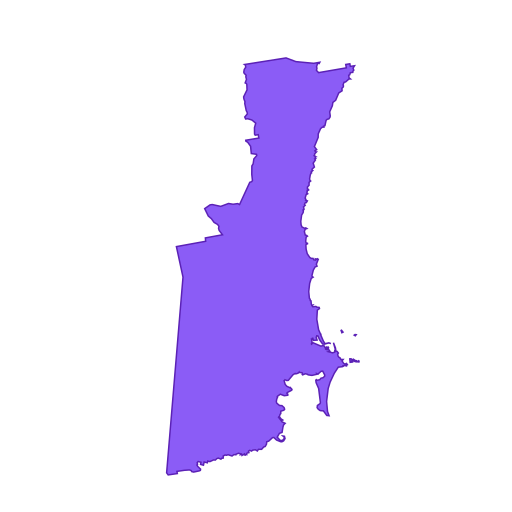 the district of Wollongong, New South Wales, Australia, rotated 341°
{"feature_id": "25037944B78024073086928", "entity_name": "Wollongong", "entity_type": "district", "adm_level": 2, "iso_a3": "AUS", "parent_name": "Australia", "parent_adm1": "New South Wales", "projection": "albers", "projection_center": [150.898, -34.342], "detail": "fine", "context": "isolated", "style": "filled", "palette": "violet", "viewbox_px": 512, "rotation_deg": 341, "n_neighbors": 0, "source": "geoboundaries", "source_scale": "gbopen_adm2", "svg_char_len": 6154}
<svg xmlns="http://www.w3.org/2000/svg" viewBox="0 0 512 512"><g transform="rotate(341 256 256)"><path d="M290.8,123.1L292.8,123.5L296.3,126.0L299.0,130.3L296.3,134.2L294.3,140.3L294.6,141.5L297.6,142.0L297.1,145.4L284.0,143.2L283.8,144.1L285.2,145.8L286.6,150.5L284.9,157.6L289.6,160.0L289.4,161.3L285.6,163.5L283.3,167.9L281.4,169.5L278.6,177.4L277.2,183.5L276.1,184.3L274.1,184.3L257.2,202.0L255.8,200.5L251.2,199.6L247.1,197.4L238.8,197.6L231.4,193.1L229.2,192.7L222.9,194.5L223.9,202.7L226.0,206.3L227.3,210.6L229.9,213.6L230.4,215.1L230.6,215.9L229.6,217.6L229.5,219.9L231.2,225.0L214.0,222.4L213.2,225.7L183.8,221.2L180.1,252.2L100.9,431.9L101.7,434.4L110.8,436.1L111.1,433.9L118.5,435.3L123.4,436.6L124.9,437.8L125.0,438.9L126.7,440.0L132.4,440.7L133.6,440.6L134.2,439.5L132.4,436.0L132.1,434.4L132.9,434.0L133.1,432.2L134.4,431.5L136.8,433.1L135.7,435.0L138.2,436.7L139.9,433.9L142.7,435.7L143.6,434.2L145.5,435.4L149.5,435.0L151.1,435.7L153.0,434.8L154.6,434.8L156.7,436.7L157.7,436.1L159.2,436.4L159.9,434.4L161.9,434.1L163.3,434.8L164.9,434.8L168.2,437.3L170.4,436.6L172.3,437.4L172.6,436.9L175.2,436.8L177.1,438.0L176.6,438.7L177.9,438.6L177.8,440.0L180.5,439.4L180.3,440.3L181.1,440.8L181.6,440.4L182.6,440.8L182.7,439.9L183.4,439.4L185.3,439.6L185.3,438.1L186.8,437.7L188.3,439.0L189.6,438.5L192.3,439.0L193.8,440.8L195.3,439.6L198.4,440.6L201.1,439.1L202.7,439.1L204.6,437.4L205.7,435.1L207.7,435.2L212.5,433.1L213.8,433.4L215.5,436.7L218.8,439.6L220.0,440.1L221.9,439.8L224.0,438.1L224.2,435.7L222.9,435.0L223.7,436.5L223.4,437.6L221.5,438.8L220.0,438.8L218.8,438.1L217.1,434.2L220.4,431.3L223.2,431.3L225.9,426.3L227.2,424.6L229.1,423.7L226.7,421.4L224.8,415.8L225.1,415.6L226.4,418.0L228.0,420.1L228.4,420.3L226.7,418.3L225.8,415.6L227.1,413.6L228.1,413.1L228.9,410.8L232.1,410.9L233.2,410.2L233.2,408.4L231.8,405.9L229.6,405.0L227.7,401.9L227.8,400.3L229.0,398.1L230.3,396.5L230.9,396.3L230.3,396.2L230.4,395.7L234.0,394.6L237.2,397.3L240.7,398.0L241.1,397.0L240.5,396.0L241.0,395.3L246.1,394.5L246.6,393.8L245.3,390.8L245.4,391.8L242.7,389.2L241.8,386.9L242.0,383.0L243.0,382.6L242.6,382.0L244.6,383.8L246.1,384.1L252.4,380.3L254.8,379.8L255.2,380.4L257.2,380.5L258.1,380.2L258.1,379.6L258.4,380.2L259.0,379.8L259.0,380.2L261.5,381.3L261.7,382.0L261.1,383.0L261.4,383.6L264.3,383.4L266.3,384.7L266.5,385.3L270.0,387.1L275.4,387.7L275.1,387.3L275.1,386.9L276.2,387.8L280.0,386.2L281.6,386.6L282.2,390.7L281.8,392.0L279.8,392.9L277.6,392.7L276.0,393.7L273.2,393.4L272.8,392.7L273.4,392.2L272.1,392.9L271.6,395.3L272.1,401.7L269.2,415.4L268.6,416.4L265.4,417.3L264.4,419.3L265.0,421.2L266.4,423.1L269.3,424.4L271.0,429.8L273.1,430.8L273.0,426.3L275.4,416.5L281.1,404.8L285.0,399.4L291.8,392.4L297.6,387.9L301.7,388.8L302.5,388.7L302.6,388.1L304.0,388.5L304.7,388.1L304.8,388.8L305.8,389.4L306.3,388.5L307.0,388.5L306.6,387.0L305.0,387.2L303.9,386.1L303.2,383.2L304.7,382.2L302.5,381.4L302.3,379.6L301.4,378.7L301.0,377.3L301.3,375.3L302.3,374.6L301.6,372.6L300.6,371.9L301.2,368.8L301.0,363.2L300.5,371.4L300.0,371.8L299.6,371.3L299.1,372.5L296.9,372.5L293.2,370.0L294.8,369.9L294.1,367.5L292.9,367.8L292.0,367.2L294.7,366.4L294.5,365.5L291.8,366.4L291.7,366.1L292.5,365.9L293.1,365.1L292.5,364.6L292.9,365.1L292.4,365.8L291.6,365.6L291.2,363.2L289.7,362.4L288.1,362.4L281.8,356.7L279.8,357.4L279.8,357.0L280.9,355.8L281.4,352.7L282.4,353.2L282.5,352.2L282.9,352.2L282.9,354.5L286.4,355.4L286.4,352.6L287.5,351.2L288.5,351.7L288.9,356.2L290.3,360.8L291.7,361.6L296.5,361.9L298.3,363.2L296.6,361.8L292.8,361.4L292.0,358.4L291.5,351.2L292.5,351.1L291.6,351.0L291.2,346.1L292.9,335.6L296.4,327.1L298.9,326.4L299.0,325.2L296.9,324.2L296.2,323.2L293.2,322.5L292.8,321.4L293.6,320.9L292.7,320.8L292.7,319.3L293.4,316.3L292.8,315.8L293.1,314.5L292.7,313.4L294.3,306.8L297.8,299.4L301.0,295.1L303.1,294.6L302.4,293.5L302.6,292.6L305.6,288.0L308.3,285.6L310.4,285.5L310.4,283.4L313.8,279.4L313.1,278.5L312.4,278.7L311.7,278.3L311.9,278.8L311.0,279.3L309.4,278.4L309.1,276.8L307.6,276.3L306.4,275.0L305.2,270.5L305.6,265.9L306.6,262.3L307.1,261.4L308.7,261.2L308.8,260.7L307.6,259.9L307.8,258.2L309.6,254.4L311.1,254.0L310.6,253.0L309.4,252.3L309.7,248.6L311.3,246.6L313.0,246.6L312.2,245.6L311.0,245.6L308.9,243.5L308.8,241.2L309.6,237.9L312.5,232.1L314.7,230.3L315.5,228.7L315.4,227.9L316.3,227.7L316.1,227.4L316.8,226.7L316.9,225.0L319.0,224.1L318.6,223.1L319.5,222.0L320.4,221.5L321.0,221.9L322.5,220.6L321.1,219.4L321.6,218.8L321.3,217.3L323.3,214.4L325.1,214.0L324.4,213.0L325.3,212.1L325.4,211.1L327.3,210.7L327.3,210.1L326.4,209.4L327.1,207.5L329.2,206.4L330.2,203.6L332.1,202.9L331.6,202.0L331.8,200.5L333.6,197.2L334.8,195.7L335.6,195.5L335.5,194.5L337.5,193.7L337.0,193.1L337.3,192.1L340.2,190.9L340.3,186.8L343.4,184.6L343.1,183.3L344.3,183.2L344.1,182.0L344.2,181.3L344.7,181.4L343.6,180.1L344.3,179.7L344.6,178.6L347.0,177.3L346.3,177.0L345.9,175.7L348.0,175.2L346.8,171.6L353.4,164.1L354.6,160.8L358.5,156.6L360.5,155.8L362.2,156.2L362.2,155.3L363.6,155.2L366.5,150.5L367.9,149.9L369.5,150.1L371.2,148.8L371.8,147.7L372.6,143.7L377.1,138.8L378.7,135.8L382.0,134.7L387.3,128.8L391.2,127.8L391.8,125.4L393.5,124.6L394.1,123.7L394.0,122.6L395.8,120.4L397.4,120.6L401.4,118.9L402.9,119.3L402.0,117.9L402.5,115.3L403.6,115.2L404.9,113.4L407.3,113.9L407.8,112.8L409.0,112.1L408.9,110.0L411.1,108.2L406.9,107.4L407.3,104.8L403.2,104.1L402.7,107.5L374.9,103.0L373.6,100.2L374.8,98.2L374.8,96.9L377.0,93.8L378.3,94.6L379.4,93.6L373.3,92.6L357.0,85.2L348.9,78.5L307.5,71.2L308.2,72.2L307.7,74.2L305.6,75.8L304.3,78.2L304.3,79.4L305.5,81.9L304.7,83.3L304.5,85.9L302.1,88.8L303.0,89.7L303.2,90.7L301.6,96.0L296.1,101.5L295.7,103.5L295.8,106.5L295.0,108.2L294.1,115.4L294.4,117.1L294.1,118.8L290.6,120.9L290.8,123.1ZM312.1,386.8L312.8,387.0L312.7,386.3L313.6,386.0L314.7,387.6L316.1,388.6L316.9,387.7L315.9,387.2L314.4,385.2L313.2,385.7L312.4,384.1L311.2,383.8L310.4,387.2L312.4,387.6L312.1,386.8ZM312.2,354.1L312.2,356.5L313.5,356.3L312.7,354.0L312.2,354.1ZM325.1,363.0L324.1,362.5L323.1,362.8L323.9,363.8L325.1,363.0ZM317.5,389.1L318.8,389.7L319.2,389.0L319.0,388.5L317.5,389.1Z" fill="#8b5cf6" stroke="#5b21b6" stroke-width="1.5"/></g></svg>